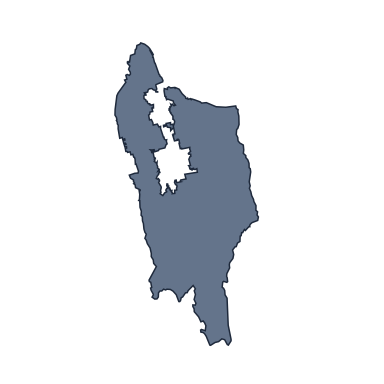 Deli Serdang, Sumatera Utara, Indonesia, rotated 345°
{"feature_id": "22746128B17104196518473", "entity_name": "Deli Serdang", "entity_type": "district", "adm_level": 2, "iso_a3": "IDN", "parent_name": "Indonesia", "parent_adm1": "Sumatera Utara", "projection": "equal_earth", "projection_center": [98.729, 3.48], "detail": "fine", "context": "isolated", "style": "filled", "palette": "slate", "viewbox_px": 384, "rotation_deg": 345, "n_neighbors": 0, "source": "geoboundaries", "source_scale": "gbopen_adm2", "svg_char_len": 6074}
<svg xmlns="http://www.w3.org/2000/svg" viewBox="0 0 384 384"><g transform="rotate(345 192 192)"><path d="M192.8,76.7L192.3,73.5L191.0,71.8L191.2,70.9L190.6,70.0L189.7,58.0L189.3,57.6L189.4,52.2L188.9,51.7L189.5,50.7L187.8,43.4L190.2,49.9L189.8,47.7L188.2,42.4L186.9,40.0L184.5,37.0L181.1,34.7L179.8,35.8L176.7,36.2L175.3,39.3L174.1,39.8L172.5,43.8L168.0,44.2L165.3,50.3L164.5,50.4L164.0,49.4L163.2,49.7L163.0,51.2L164.6,54.2L162.5,57.1L163.4,60.2L163.1,62.1L161.7,63.1L159.8,61.7L158.3,62.1L158.3,66.2L155.9,66.4L156.5,68.9L146.2,77.3L144.3,79.6L139.1,92.4L137.5,97.8L138.3,100.5L138.1,102.8L137.5,103.2L137.9,105.0L137.5,106.9L138.0,108.4L137.0,111.9L136.1,121.4L138.7,121.3L138.7,123.4L140.7,123.2L140.7,124.4L138.7,124.5L138.7,127.6L140.3,127.6L140.6,128.3L140.6,128.8L138.8,128.8L138.8,131.1L140.5,131.2L140.2,132.7L138.8,132.7L138.6,135.7L140.1,136.3L140.1,137.1L142.6,137.2L142.6,140.3L144.6,140.3L144.7,143.2L145.4,143.8L145.5,145.5L144.5,150.5L145.2,150.5L145.7,158.0L144.8,159.7L141.5,159.1L135.8,159.5L136.2,162.7L138.6,165.3L138.2,166.8L138.8,168.4L137.8,168.9L138.9,170.1L138.6,173.2L142.4,176.4L142.3,177.2L141.3,177.0L140.9,180.8L139.3,185.6L138.4,186.4L139.3,186.8L137.8,193.4L138.1,197.4L136.8,201.3L137.6,203.0L136.7,207.1L136.9,209.8L136.0,215.4L136.1,218.7L136.9,220.9L134.5,224.6L135.3,226.6L135.5,230.4L137.0,235.2L136.8,240.7L135.9,243.9L137.0,247.4L136.5,251.1L138.3,254.8L127.7,266.0L127.6,267.5L128.8,268.5L128.4,273.7L127.1,274.1L127.1,276.4L128.1,280.5L128.0,281.4L126.2,283.2L128.3,285.8L130.5,286.2L132.3,284.7L133.6,280.6L135.6,279.3L137.2,279.8L139.4,278.5L141.2,279.8L142.6,279.4L145.8,280.5L148.0,282.8L150.2,287.1L150.9,294.4L151.7,294.7L152.7,294.1L154.2,291.3L155.8,291.0L159.6,287.7L161.3,288.0L162.8,286.2L168.9,282.6L170.2,286.4L168.6,288.0L168.8,291.9L166.2,296.4L167.0,300.5L165.9,302.1L163.6,301.3L163.2,302.8L163.8,305.4L163.2,308.2L166.1,314.3L167.0,319.7L169.4,319.5L170.3,321.6L170.8,324.8L168.9,329.4L165.5,327.2L164.6,327.6L164.3,329.6L166.5,330.7L167.5,332.2L168.4,335.1L169.6,344.5L170.3,344.9L175.4,343.3L179.0,343.4L182.8,341.6L185.3,343.1L186.6,348.5L187.5,349.3L191.2,345.9L191.6,344.4L192.5,330.0L198.4,303.6L197.3,299.9L198.1,295.6L197.6,293.2L196.5,291.8L198.3,287.1L199.4,286.5L202.3,288.3L203.2,287.8L203.8,284.0L203.6,282.5L204.5,279.9L208.7,275.1L209.2,271.9L210.1,270.1L214.3,266.8L216.1,263.2L216.2,258.5L219.4,256.1L220.6,256.2L222.7,253.1L225.5,252.2L227.1,247.1L228.2,246.9L229.4,244.1L230.4,244.4L232.9,241.8L233.6,243.0L237.8,240.3L238.9,240.5L239.0,239.4L240.0,238.2L242.1,237.1L248.1,236.5L249.7,233.3L248.9,231.0L250.2,228.1L249.0,226.2L250.3,221.7L249.3,217.1L249.5,215.2L248.7,210.8L248.9,207.0L248.4,203.3L249.8,201.1L249.9,197.0L253.9,187.8L254.3,184.6L253.5,183.3L254.5,179.1L254.2,175.4L252.9,172.6L253.4,170.8L251.6,168.0L252.9,164.7L253.7,159.9L250.8,157.0L249.7,154.5L250.3,151.1L249.6,148.0L251.3,143.2L252.6,142.5L254.9,139.0L256.9,130.7L257.0,126.6L257.8,124.3L256.5,122.9L256.5,120.2L246.6,118.9L237.4,115.9L229.0,109.4L224.3,108.6L223.3,107.1L218.6,103.8L215.9,102.1L215.4,102.5L215.0,101.4L215.0,102.9L214.6,101.4L212.3,101.5L212.1,100.3L211.6,100.7L210.2,99.9L210.4,98.7L207.9,94.5L206.2,89.4L203.1,86.9L202.5,87.4L202.2,86.5L198.3,85.9L196.8,84.4L195.1,85.1L194.8,86.5L192.0,84.9L191.2,87.0L190.6,92.6L191.5,93.1L191.0,94.2L191.5,95.0L191.3,96.3L192.7,96.1L197.4,99.2L197.3,101.3L198.5,103.8L196.9,104.0L195.6,102.0L194.7,102.8L194.2,102.0L194.2,103.5L193.2,104.4L192.7,104.1L192.0,106.3L191.4,105.8L191.0,107.0L191.6,107.2L191.4,109.0L192.1,109.7L191.8,110.3L193.2,113.8L192.4,116.8L193.0,117.1L193.6,119.1L192.7,121.2L191.0,123.4L191.0,121.6L188.6,121.4L189.2,119.4L184.7,119.1L184.7,120.3L181.7,120.2L181.5,121.7L184.8,121.4L185.0,123.0L188.0,124.3L187.3,127.2L190.9,125.0L190.5,131.4L188.7,131.3L188.7,132.5L188.1,132.2L188.3,138.1L191.2,138.3L191.2,137.4L192.2,137.4L192.8,138.2L192.7,141.6L192.1,141.6L191.9,147.1L193.3,147.1L193.3,147.8L201.4,148.3L200.9,150.2L201.2,152.3L198.5,153.8L198.5,154.5L200.5,155.2L200.1,157.2L199.3,157.2L197.4,159.6L197.4,165.9L195.6,165.7L196.0,166.7L195.9,168.7L196.3,168.7L196.3,169.6L197.3,169.7L197.3,170.5L197.9,170.7L198.0,169.7L198.6,170.0L198.8,169.5L199.6,169.5L199.6,170.5L200.8,171.1L202.7,170.7L202.3,174.3L189.6,173.0L189.6,177.8L184.2,177.5L183.2,178.8L183.8,179.2L179.7,179.1L179.7,177.6L178.0,177.4L179.6,177.4L179.8,176.4L178.6,176.3L178.0,177.4L178.3,177.6L177.6,178.2L178.0,180.6L179.1,181.5L178.9,182.9L178.0,184.3L177.8,186.0L176.0,186.1L175.8,185.2L175.0,188.9L172.6,188.5L173.0,188.0L172.3,187.0L172.9,185.6L172.1,185.8L171.6,185.0L172.0,184.9L171.7,183.7L171.1,183.4L171.5,182.5L170.6,181.4L171.0,180.3L170.4,180.2L170.6,178.0L169.9,177.7L169.3,179.1L169.6,182.0L168.5,182.1L167.2,183.4L167.6,185.2L165.3,185.8L162.9,187.9L160.8,185.4L162.0,184.3L162.0,182.5L163.4,179.9L163.5,178.6L162.2,174.3L163.5,172.9L163.2,172.5L163.6,172.0L163.0,170.4L162.2,170.7L161.0,169.8L162.6,167.5L164.4,166.3L164.6,165.1L166.0,164.9L165.8,162.8L164.7,163.0L166.2,161.6L164.9,159.8L165.4,158.7L165.2,156.3L166.0,154.0L165.0,154.8L163.5,152.6L164.2,152.2L164.1,150.7L165.1,150.5L165.0,149.9L163.9,149.8L165.1,149.5L164.3,148.3L164.7,144.1L163.3,143.5L163.5,141.9L162.7,140.5L164.4,141.1L164.4,143.2L165.6,143.1L165.7,141.2L166.4,141.3L166.4,143.5L170.4,143.3L171.2,142.2L177.2,142.4L179.2,139.6L180.4,139.1L180.4,136.2L181.0,135.0L180.1,135.0L179.0,133.8L179.1,131.8L178.6,131.8L178.1,122.6L178.6,120.5L176.9,120.6L176.1,117.4L171.9,117.3L172.1,114.7L171.5,111.5L169.6,111.4L170.0,106.5L171.2,106.1L172.2,103.9L174.9,104.1L174.9,101.6L175.3,101.4L174.9,100.6L175.4,100.5L175.0,100.0L176.6,100.7L177.4,97.5L175.0,97.5L174.5,96.6L174.0,96.9L173.7,95.7L172.7,95.5L172.1,94.1L172.3,92.9L171.2,92.3L171.2,90.9L169.8,89.5L170.4,86.7L171.0,86.1L172.6,86.5L172.8,85.4L171.8,84.8L171.6,83.8L175.0,84.0L176.1,82.0L177.5,81.3L180.1,81.7L181.2,83.4L182.8,84.2L183.1,86.6L183.3,86.1L184.7,86.6L184.8,86.2L183.4,85.7L183.0,84.5L184.3,84.0L184.7,83.1L184.6,79.9L185.0,78.9L192.2,78.0L192.8,76.7Z" fill="#64748b" stroke="#1e293b" stroke-width="1.5"/></g></svg>